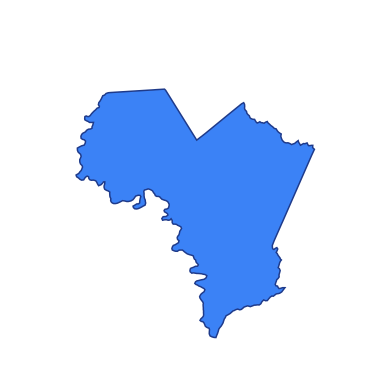 Itapetinga, Bahia, Brazil, rotated 35°
{"feature_id": "56859067B19458731628359", "entity_name": "Itapetinga", "entity_type": "district", "adm_level": 2, "iso_a3": "BRA", "parent_name": "Brazil", "parent_adm1": "Bahia", "projection": "robinson", "projection_center": [-40.051, -15.316], "detail": "fine", "context": "isolated", "style": "filled", "palette": "blue", "viewbox_px": 384, "rotation_deg": 35, "n_neighbors": 0, "source": "geoboundaries", "source_scale": "gbopen_adm2", "svg_char_len": 5414}
<svg xmlns="http://www.w3.org/2000/svg" viewBox="0 0 384 384"><g transform="rotate(35 192 192)"><path d="M267.8,86.8L266.5,86.6L265.3,86.4L264.2,84.5L262.9,85.4L262.0,86.4L260.8,87.2L259.5,86.6L258.1,85.8L256.8,87.7L255.5,88.4L254.9,89.7L254.0,91.5L252.4,90.7L250.8,90.1L249.5,89.0L248.8,91.2L248.2,93.4L247.2,94.7L246.4,96.0L244.1,96.2L242.5,96.6L240.9,97.8L239.2,98.4L237.4,98.1L236.2,97.8L235.0,97.1L234.0,96.4L232.8,95.4L231.8,93.3L230.4,93.4L228.7,93.4L227.2,93.1L226.0,92.6L224.7,92.0L223.0,92.7L220.6,92.3L218.6,92.3L216.7,92.0L214.7,91.8L213.2,91.1L212.1,92.8L211.6,94.3L209.9,94.9L208.6,95.6L207.3,95.5L206.7,96.8L205.8,98.1L204.1,97.8L202.8,97.2L201.6,96.6L200.0,97.6L198.3,98.0L196.9,97.9L195.3,96.7L193.5,96.5L191.9,96.1L190.4,94.7L188.2,94.2L187.0,93.3L186.1,91.7L184.7,90.0L183.1,89.2L182.0,91.4L180.5,96.7L177.1,108.6L169.2,136.8L166.1,146.8L112.1,123.8L110.5,123.5L103.6,129.0L101.8,130.5L98.9,132.8L67.9,157.5L66.4,158.8L65.1,160.6L64.8,162.7L63.7,164.3L64.0,166.1L64.3,167.8L64.5,170.2L64.4,172.2L65.3,174.3L66.9,174.8L67.4,176.1L66.2,177.7L65.9,180.0L65.4,181.8L65.1,183.5L64.8,185.6L64.8,187.7L64.2,189.4L63.1,190.1L61.7,190.4L61.0,191.6L61.9,193.3L62.8,194.3L64.7,194.2L66.5,193.8L68.1,193.8L69.5,192.9L71.4,191.5L72.3,193.9L72.7,195.9L73.5,197.2L72.7,198.6L71.1,200.0L70.2,202.1L70.3,203.6L69.7,204.9L68.8,206.6L68.6,208.0L69.0,210.0L70.3,211.6L72.0,211.7L74.0,211.0L75.6,211.4L76.5,213.1L76.8,215.4L75.1,217.5L73.8,219.9L72.9,221.8L74.2,223.5L75.8,224.6L77.7,224.9L79.0,225.0L80.7,226.3L81.2,228.2L81.5,229.9L82.9,231.8L84.6,233.0L86.8,233.4L88.0,234.3L88.5,236.0L88.9,237.9L88.6,239.6L88.6,241.9L87.9,243.2L87.3,244.6L88.8,245.7L90.9,245.6L92.9,245.9L94.8,245.6L96.3,244.2L96.2,242.0L96.4,240.5L97.0,239.1L98.5,238.8L99.5,239.9L101.0,240.6L102.7,240.2L104.4,238.8L106.6,238.0L108.5,238.7L110.0,239.6L111.9,240.4L113.3,238.2L113.7,236.1L113.7,234.5L114.7,233.7L115.8,235.3L116.5,237.5L117.5,238.8L118.9,239.8L121.0,239.7L122.8,239.2L124.7,239.2L125.4,240.4L126.6,241.9L127.6,243.0L129.3,244.0L130.4,245.8L131.6,246.5L132.8,246.7L134.2,246.5L135.7,245.6L137.1,244.2L138.0,242.8L138.9,241.2L140.1,238.9L142.1,237.9L144.0,237.2L145.3,236.3L147.1,234.3L148.1,232.1L148.2,230.4L148.2,227.7L149.7,225.6L151.3,224.6L152.7,225.1L153.2,226.8L153.9,228.4L154.6,229.7L155.4,231.0L155.0,232.4L153.6,233.4L152.6,235.7L151.8,237.4L153.0,238.4L154.7,238.6L156.3,237.7L157.3,236.7L158.2,235.3L159.3,233.3L160.1,231.5L161.1,229.7L160.4,227.6L159.3,226.6L158.3,225.4L156.6,224.4L154.8,222.5L153.6,220.7L152.2,219.2L151.9,217.7L153.0,216.4L154.3,214.6L156.1,214.0L157.5,213.8L159.0,213.7L160.9,214.6L162.5,215.0L164.1,216.0L165.7,215.8L167.0,214.9L168.3,214.5L169.8,214.9L171.4,215.2L173.8,214.6L175.9,213.9L177.8,213.9L179.1,214.5L180.3,215.1L181.1,216.4L181.9,218.6L181.0,220.6L179.8,221.6L179.7,223.1L180.8,224.0L182.8,223.8L184.5,223.9L185.5,224.7L184.9,226.8L182.5,228.8L182.5,231.1L184.1,232.0L185.5,230.5L186.9,229.4L188.7,228.8L190.0,227.6L190.2,225.9L192.1,226.7L193.4,228.5L195.0,229.1L196.6,228.0L198.0,227.4L199.2,227.5L201.2,227.1L202.8,226.9L204.3,227.8L204.5,229.4L204.5,231.1L205.4,233.1L205.9,234.8L205.7,236.6L206.1,238.0L207.5,239.2L209.2,239.3L210.0,241.2L208.9,243.9L208.2,245.3L207.3,246.5L207.4,248.1L207.9,249.8L209.1,250.8L210.8,250.5L212.2,250.1L214.0,249.0L214.8,247.0L216.1,246.0L217.6,245.0L219.9,245.3L221.7,245.4L223.6,245.4L225.8,244.8L228.2,243.9L229.7,243.6L231.3,244.9L232.5,245.6L233.9,245.6L234.9,246.5L236.0,247.3L237.4,247.5L239.0,248.0L239.1,249.6L237.4,250.9L236.4,252.8L235.4,254.2L234.6,255.5L235.2,257.3L236.2,258.4L238.4,258.6L239.4,257.5L240.9,256.8L242.4,256.1L244.1,255.0L245.3,254.3L246.7,253.5L248.4,252.9L250.0,252.1L252.1,252.0L252.8,254.0L252.1,256.4L250.8,257.8L249.8,258.8L248.3,260.6L247.0,262.0L246.4,263.5L246.7,265.3L248.2,265.5L249.8,265.1L251.5,265.1L253.3,264.6L255.7,264.4L257.1,264.2L258.6,264.6L259.1,266.7L258.5,268.5L258.0,270.1L258.0,271.9L258.3,273.4L259.4,274.3L260.6,274.8L261.9,275.3L263.7,275.8L265.1,276.6L265.7,277.9L266.8,279.3L267.8,280.5L268.6,281.7L269.7,282.8L270.6,284.2L271.8,285.7L272.5,287.0L272.5,288.5L272.0,291.0L272.2,292.6L273.8,292.7L275.2,292.0L277.0,292.4L278.3,293.2L279.9,294.3L281.5,294.4L282.8,294.2L284.1,293.8L285.3,294.7L286.2,296.3L287.5,298.3L289.4,299.5L291.4,299.2L293.5,298.5L295.1,297.5L294.4,295.0L294.1,293.4L293.5,291.4L292.6,288.9L292.6,287.1L292.8,285.2L292.7,283.4L292.5,281.4L291.9,279.6L291.3,277.5L291.3,275.8L290.9,273.8L291.9,271.9L292.9,269.7L293.4,267.6L293.8,265.9L294.7,264.7L295.3,263.3L296.6,261.7L298.7,261.1L299.8,259.8L300.2,258.4L300.7,256.3L302.0,254.5L302.8,253.4L304.1,252.9L305.5,252.5L306.7,250.8L307.9,249.0L309.2,248.0L310.2,247.0L311.9,245.9L312.5,244.0L312.2,241.8L312.6,239.3L314.6,238.9L316.0,237.7L316.1,235.5L316.4,233.0L317.1,231.4L318.4,230.7L318.9,229.0L319.5,227.1L321.0,225.7L321.9,224.6L322.8,222.4L323.0,217.1L321.2,218.3L319.7,220.2L318.6,221.2L317.3,220.8L316.0,220.0L314.6,220.7L313.2,220.0L312.6,218.2L312.2,216.6L311.7,215.2L312.1,213.6L312.1,211.6L310.8,210.0L310.1,208.0L309.3,205.8L307.6,204.7L306.0,204.6L305.5,202.8L305.0,201.4L304.4,199.8L304.1,197.9L304.2,196.4L302.8,196.2L301.7,195.4L300.3,195.0L298.8,194.5L297.2,193.6L295.6,193.2L295.4,191.4L294.9,189.5L293.4,188.9L292.6,190.3L292.1,192.1L290.6,192.2L289.4,191.0L288.4,189.6L287.2,184.7L283.5,166.0L283.2,164.3L269.0,93.5L267.8,86.8Z" fill="#3b82f6" stroke="#1e3a8a" stroke-width="1.5"/></g></svg>